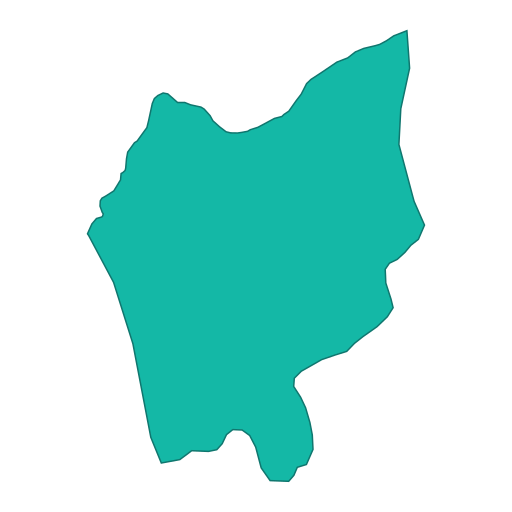 the district of Mayo-Sava, Extrême-Nord, Cameroon
{"feature_id": "32672807B4790524999002", "entity_name": "Mayo-Sava", "entity_type": "district", "adm_level": 2, "iso_a3": "CMR", "parent_name": "Cameroon", "parent_adm1": "Extrême-Nord", "projection": "robinson", "projection_center": [14.142, 11.061], "detail": "fine", "context": "isolated", "style": "filled", "palette": "teal", "viewbox_px": 512, "rotation_deg": 0, "n_neighbors": 0, "source": "geoboundaries", "source_scale": "gbopen_adm2", "svg_char_len": 1537}
<svg xmlns="http://www.w3.org/2000/svg" viewBox="0 0 512 512"><path d="M424.5,225.1L414.1,201.4L412.6,195.9L398.9,144.5L400.8,108.7L409.6,68.2L406.9,30.7L393.8,35.8L386.4,40.8L379.7,44.4L375.2,45.7L363.8,48.4L355.4,51.9L347.7,57.9L336.9,62.1L322.0,72.2L311.0,79.4L306.6,83.6L301.2,94.2L296.2,100.7L288.8,111.2L283.9,114.5L281.9,116.5L274.5,118.4L257.9,127.3L250.3,129.7L247.6,131.3L241.7,132.4L237.6,133.0L230.8,132.9L226.1,131.8L219.3,126.6L212.9,120.8L210.1,115.7L204.2,109.1L201.0,107.1L190.5,104.8L184.8,102.5L177.6,102.5L167.8,93.9L163.1,93.0L157.9,95.5L154.4,98.5L152.3,103.5L148.6,120.7L146.9,127.6L141.8,134.6L137.1,141.1L134.5,142.7L127.7,152.1L126.5,158.7L125.7,168.1L125.1,170.5L122.9,172.5L121.1,173.5L120.5,180.0L119.4,181.7L118.1,183.9L113.8,190.9L105.5,196.2L101.9,198.2L100.3,200.8L100.0,206.1L102.3,212.5L103.3,213.9L102.5,216.3L101.7,217.0L96.5,218.5L91.9,223.9L88.5,231.5L87.5,233.8L88.7,235.6L113.6,282.4L132.9,343.7L150.8,437.3L161.3,463.0L179.8,459.6L191.7,450.7L196.4,450.9L208.5,451.4L216.8,449.7L222.2,443.7L226.5,434.6L232.8,429.6L242.1,430.0L249.7,435.5L255.7,447.1L261.2,467.9L270.1,480.6L288.7,481.3L293.9,475.3L297.3,467.3L306.4,464.5L313.0,449.4L312.3,435.0L309.9,422.5L305.6,407.8L300.6,397.2L293.7,386.5L294.3,378.2L301.3,371.2L321.7,359.6L335.1,355.0L346.7,351.4L354.4,343.4L363.1,336.5L377.0,326.7L387.3,316.8L393.1,307.7L391.0,299.1L385.8,283.0L385.5,275.6L385.2,269.3L389.4,263.2L397.2,259.4L404.9,252.4L410.8,245.3L418.4,239.3L424.5,225.1Z" fill="#14b8a6" stroke="#0f766e" stroke-width="1.5"/></svg>